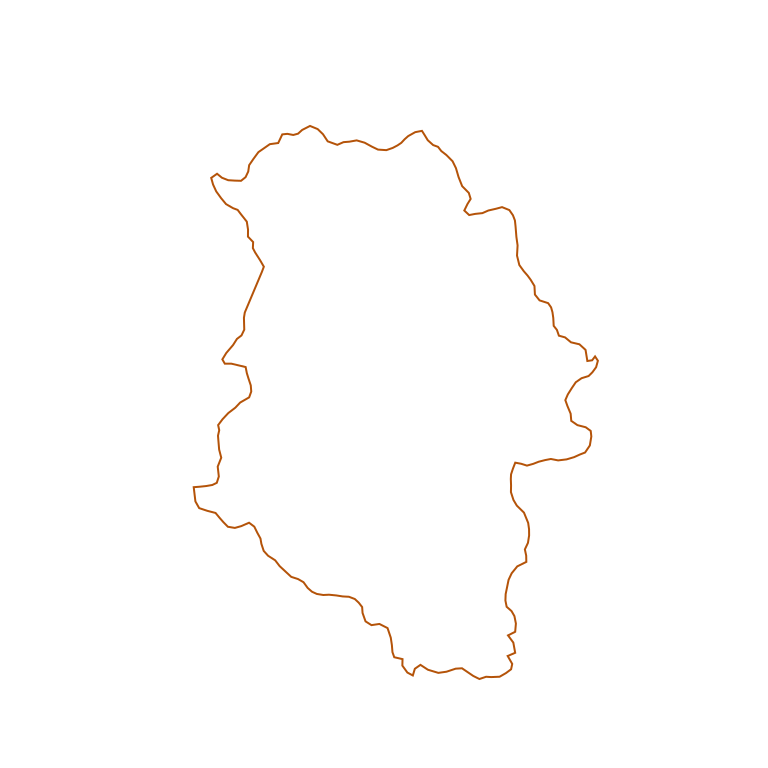 outline of Limeira, São Paulo, Brazil, rotated 300°
{"feature_id": "56859067B82749177744727", "entity_name": "Limeira", "entity_type": "district", "adm_level": 2, "iso_a3": "BRA", "parent_name": "Brazil", "parent_adm1": "São Paulo", "projection": "albers", "projection_center": [-47.363, -22.592], "detail": "fine", "context": "isolated", "style": "outline", "palette": "amber", "viewbox_px": 768, "rotation_deg": 300, "n_neighbors": 0, "source": "geoboundaries", "source_scale": "gbopen_adm2", "svg_char_len": 3250}
<svg xmlns="http://www.w3.org/2000/svg" viewBox="0 0 768 768"><g transform="rotate(300 384 384)"><path d="M517.3,506.7L519.2,501.9L525.8,497.6L530.4,494.0L533.9,490.4L536.1,485.7L534.2,476.9L536.9,470.0L544.1,465.3L547.6,458.9L549.7,454.1L551.6,448.6L554.7,441.7L561.7,435.0L570.8,430.4L577.6,425.1L586.3,419.1L591.1,415.6L594.6,411.3L597.3,405.6L596.2,397.8L591.7,393.3L586.4,387.6L581.2,383.8L576.9,377.9L572.9,373.3L574.4,366.8L581.7,366.3L587.6,366.5L591.9,361.9L594.4,352.8L600.5,345.1L606.9,338.4L611.2,332.0L613.5,323.5L614.4,317.1L616.4,312.2L615.5,307.1L617.0,300.0L619.9,294.7L622.2,290.3L617.7,285.1L610.8,281.0L606.3,279.5L601.5,278.4L597.4,276.4L592.8,273.5L587.7,269.1L584.0,261.6L583.5,254.8L583.3,246.6L581.3,238.5L576.5,232.8L573.2,228.0L567.8,224.0L566.0,213.9L569.8,206.3L571.6,199.1L570.5,190.9L563.1,186.1L557.8,184.4L554.3,180.9L552.3,175.2L549.3,171.1L539.8,171.9L534.6,165.2L527.1,161.7L522.0,159.3L513.8,158.4L506.1,157.8L500.1,160.2L493.9,160.7L488.5,158.6L485.6,153.2L482.6,147.2L481.6,140.5L482.6,134.3L476.1,131.3L471.3,136.2L466.9,142.4L463.5,150.0L460.8,157.3L460.8,165.4L461.6,170.2L459.5,175.2L456.0,184.0L449.8,189.0L443.6,192.5L441.5,199.7L436.1,202.5L433.5,206.6L429.3,214.7L425.5,221.3L420.0,222.2L376.3,227.7L371.3,229.6L361.2,235.8L354.8,236.3L349.5,234.1L342.3,233.8L332.0,231.9L324.5,231.7L322.0,236.0L325.3,241.7L329.5,255.7L324.8,259.8L321.0,263.9L316.2,269.3L311.1,272.8L305.0,273.9L296.0,268.7L289.2,267.1L281.0,263.7L272.8,261.8L265.5,260.9L261.6,264.4L256.2,266.1L252.0,269.0L244.8,274.0L238.8,279.9L229.3,281.3L221.3,287.2L214.8,288.6L210.7,285.8L206.7,281.0L203.0,275.9L199.5,270.8L192.0,276.4L188.0,279.4L184.1,286.0L185.8,294.3L188.1,302.6L185.8,308.8L184.1,313.8L182.3,320.2L184.8,326.8L189.5,331.4L196.4,336.5L195.6,343.0L191.8,348.7L188.4,354.3L184.3,357.7L179.3,363.3L177.3,369.5L176.9,377.9L174.1,384.7L172.2,393.0L170.6,400.1L172.1,407.1L172.1,413.4L169.2,419.9L168.1,425.5L168.6,430.8L170.9,436.9L174.0,441.7L177.0,448.3L179.4,454.5L182.2,460.0L183.2,466.2L182.0,471.4L179.9,476.6L175.0,479.9L169.2,486.7L168.9,493.7L173.9,500.0L174.4,509.1L167.7,516.7L161.8,521.4L156.0,525.4L152.5,529.5L155.0,537.6L149.3,540.7L145.8,548.5L146.0,554.7L152.8,553.1L159.0,556.0L158.5,564.9L161.0,575.5L166.1,582.0L173.3,588.4L176.8,593.7L175.8,607.2L176.2,614.1L181.5,618.8L183.8,623.4L188.3,630.5L194.7,634.2L200.5,636.7L205.7,635.0L210.3,627.1L216.8,632.0L224.7,625.3L228.3,617.1L235.0,621.5L242.5,618.0L248.2,613.0L251.1,608.0L252.4,601.6L257.2,597.4L262.9,594.4L270.4,591.9L276.7,589.8L283.9,589.2L292.7,590.6L301.1,596.2L306.4,593.0L311.2,588.7L318.4,588.1L325.4,585.4L330.8,582.2L335.8,578.3L342.6,569.5L345.1,559.8L348.3,554.1L353.8,548.0L359.6,544.8L365.2,541.3L369.3,539.2L375.1,538.0L381.5,537.0L383.5,542.7L384.8,548.6L389.5,553.2L394.0,556.8L398.7,561.6L402.5,566.0L404.9,573.0L410.0,579.8L415.7,585.2L421.0,589.0L425.2,592.4L433.7,593.0L442.2,589.8L446.7,586.5L447.4,580.3L445.1,572.1L445.7,564.6L451.6,560.5L456.7,553.8L460.7,549.1L466.9,548.4L474.6,548.7L481.4,549.2L487.8,552.2L493.2,557.2L498.3,558.6L504.6,559.3L511.1,557.6L513.4,553.0L508.6,552.4L505.6,548.6L514.3,541.5L516.1,533.4L513.6,525.1L514.9,517.5L513.3,511.3L517.3,506.7Z" fill="none" stroke="#b45309" stroke-width="2"/></g></svg>